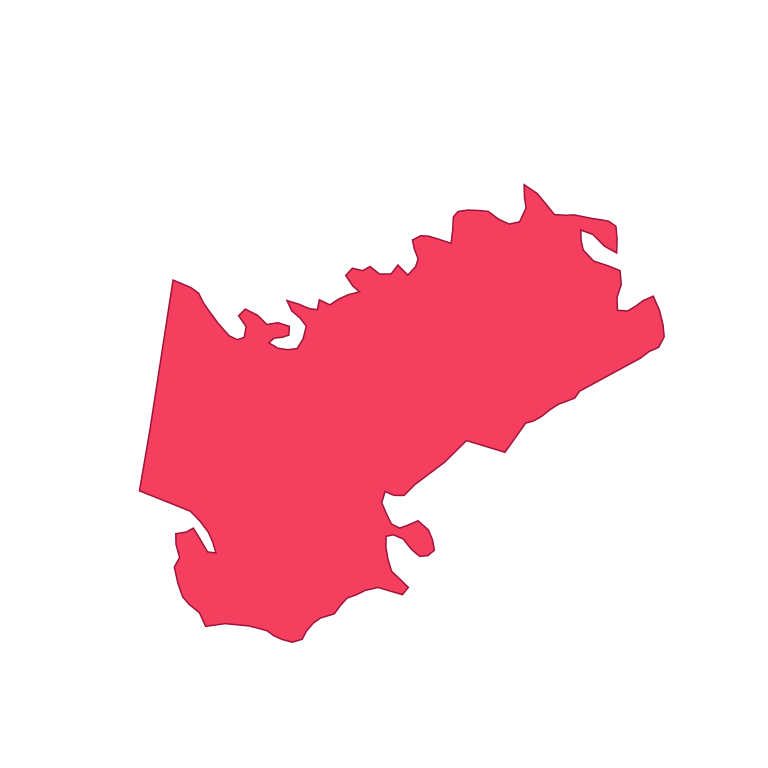 Floriano Peixoto, Rio Grande do Sul, Brazil (Equal Earth projection), rotated 331°
{"feature_id": "56859067B13230601625059", "entity_name": "Floriano Peixoto", "entity_type": "district", "adm_level": 2, "iso_a3": "BRA", "parent_name": "Brazil", "parent_adm1": "Rio Grande do Sul", "projection": "equal_earth", "projection_center": [-52.034, -27.853], "detail": "fine", "context": "isolated", "style": "filled", "palette": "rose", "viewbox_px": 768, "rotation_deg": 331, "n_neighbors": 0, "source": "geoboundaries", "source_scale": "gbopen_adm2", "svg_char_len": 2235}
<svg xmlns="http://www.w3.org/2000/svg" viewBox="0 0 768 768"><g transform="rotate(331 384 384)"><path d="M249.9,190.8L157.3,310.3L118.3,358.9L153.0,401.5L156.6,415.0L158.5,428.6L157.6,438.9L155.1,450.3L148.3,445.3L147.9,429.6L147.4,417.6L139.2,417.6L129.3,414.0L124.3,423.5L121.1,436.7L111.9,442.4L107.1,458.5L104.7,472.5L106.7,482.2L111.7,494.8L110.5,509.5L128.9,516.6L148.7,530.2L161.9,542.8L165.6,550.8L170.9,557.9L178.6,565.4L188.7,567.6L196.0,562.7L206.1,558.9L215.1,557.9L229.1,560.9L238.5,556.6L247.8,553.4L258.0,555.0L267.4,555.4L280.2,559.1L288.9,568.0L298.0,577.2L306.7,573.7L303.9,564.4L299.8,551.4L302.9,537.9L306.6,527.6L312.0,518.2L319.2,520.5L325.6,528.8L327.8,541.8L331.6,552.0L339.1,555.4L347.5,553.8L350.9,543.8L352.1,533.3L347.5,520.1L336.2,519.0L327.8,517.6L322.6,509.9L323.2,498.9L324.5,486.7L332.8,478.6L338.8,486.3L347.5,491.2L362.3,486.9L398.9,481.8L428.7,473.5L456.7,502.4L488.9,486.9L496.7,488.8L505.6,488.8L517.2,486.9L526.8,486.3L544.0,488.8L551.6,485.1L620.8,485.7L631.8,484.1L642.0,485.1L651.9,478.6L656.7,467.6L660.6,453.4L662.1,437.7L651.0,436.7L642.0,437.9L632.6,438.3L623.9,432.7L629.9,421.1L639.7,412.1L645.4,399.3L637.2,389.2L626.9,378.0L623.2,363.5L625.8,354.4L630.7,344.8L639.1,354.4L643.7,370.5L651.0,382.2L658.0,370.5L663.3,358.5L659.4,350.5L653.0,345.3L646.3,340.2L640.6,335.3L632.2,328.2L625.0,324.7L615.2,318.4L613.0,305.8L610.4,291.8L603.2,277.6L597.4,288.8L593.6,298.9L581.2,307.9L571.0,304.8L564.3,295.7L558.8,283.5L551.0,278.2L541.6,272.5L532.4,269.0L525.7,271.5L518.7,282.7L510.9,293.4L503.3,285.3L495.0,276.6L488.1,272.1L478.7,271.9L476.0,280.6L474.5,291.2L468.5,296.7L457.6,300.3L453.8,286.7L443.6,291.2L433.4,285.7L428.8,274.5L420.2,274.5L412.5,267.4L403.1,270.5L404.2,283.1L407.2,291.6L396.0,288.6L385.2,287.7L375.1,288.6L368.3,279.0L361.8,286.7L355.5,282.1L347.9,272.5L339.6,264.0L338.8,275.5L342.5,285.3L344.1,295.7L335.0,305.4L325.1,310.9L316.4,307.3L308.5,301.2L303.3,292.2L310.1,290.6L317.6,293.8L324.5,295.1L329.2,287.7L321.0,279.0L310.4,275.1L306.7,262.5L299.0,251.2L290.0,253.8L291.2,267.0L284.3,275.5L277.1,274.1L271.9,266.6L268.4,250.8L266.5,236.1L265.4,226.0L265.9,214.8L262.0,206.3L256.3,198.9L249.9,190.8Z" fill="#f43f5e" stroke="#9f1239" stroke-width="1.5"/></g></svg>